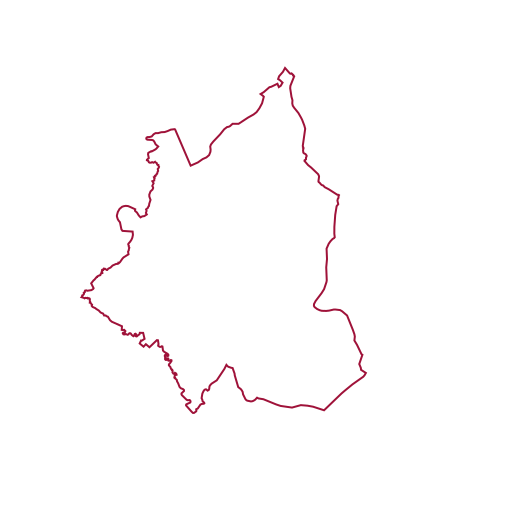 outline of Chum Saeng, Nakhon Sawan, Thailand, rotated 313°
{"feature_id": "78962969B30138061095359", "entity_name": "Chum Saeng", "entity_type": "district", "adm_level": 2, "iso_a3": "THA", "parent_name": "Thailand", "parent_adm1": "Nakhon Sawan", "projection": "orthographic", "projection_center": [100.257, 15.84], "detail": "fine", "context": "isolated", "style": "outline", "palette": "rose", "viewbox_px": 512, "rotation_deg": 313, "n_neighbors": 0, "source": "geoboundaries", "source_scale": "gbopen_adm2", "svg_char_len": 6153}
<svg xmlns="http://www.w3.org/2000/svg" viewBox="0 0 512 512"><g transform="rotate(313 256 256)"><path d="M251.6,110.9L252.1,112.3L251.5,113.7L251.7,114.5L252.7,115.6L253.8,116.0L254.3,117.4L256.0,117.9L255.8,118.4L256.3,119.8L255.5,121.4L255.5,122.1L256.0,122.5L255.4,123.3L255.1,124.3L254.1,124.7L252.6,124.8L251.5,126.4L250.2,126.7L248.8,127.6L248.1,127.4L247.6,127.7L245.9,127.4L245.7,127.8L245.3,127.5L244.5,127.9L244.0,127.6L243.7,128.2L243.8,128.8L243.1,129.0L241.8,130.1L240.0,129.2L239.4,131.5L236.6,132.3L236.3,132.7L236.1,133.8L235.6,134.4L234.0,135.0L231.3,134.8L228.1,136.1L226.7,137.5L225.1,140.6L221.4,142.3L219.6,143.6L218.9,143.5L217.5,144.1L215.1,143.8L214.4,145.2L212.4,146.1L211.9,147.8L209.0,147.1L207.4,145.8L205.5,145.2L205.7,142.6L206.6,139.3L206.5,136.9L206.8,136.4L207.8,135.8L205.7,129.5L205.2,128.3L203.8,126.5L202.2,125.3L200.7,124.5L197.4,124.1L194.0,124.9L190.8,126.6L190.0,127.4L188.7,129.7L188.2,131.3L187.9,133.5L183.7,139.4L183.3,141.2L189.7,149.1L187.5,151.6L185.0,153.1L183.0,153.8L180.8,154.2L177.9,154.3L177.2,154.8L176.8,156.0L176.0,156.6L175.7,157.7L174.2,158.4L173.5,159.0L171.9,159.5L170.3,161.6L164.7,160.1L163.0,160.1L158.9,160.7L157.4,160.6L157.2,159.9L156.0,160.3L154.8,159.1L151.2,157.6L148.3,157.5L146.0,156.6L144.3,156.7L144.0,156.4L143.7,154.4L143.2,154.2L143.1,153.3L142.6,153.2L141.5,153.8L140.8,152.9L140.5,153.0L140.0,153.8L138.9,154.0L139.0,155.0L138.7,155.3L137.9,154.7L136.5,154.8L135.8,155.2L134.2,154.3L132.9,153.9L132.3,154.2L131.9,153.8L128.3,154.0L127.6,153.8L123.6,154.1L121.7,159.2L120.8,159.4L118.8,158.9L115.5,156.3L115.2,155.4L114.2,154.6L113.4,154.8L113.0,155.4L111.5,155.2L111.2,155.9L110.8,156.1L109.7,156.2L108.6,155.8L108.2,156.4L106.9,156.5L108.1,159.0L108.1,159.5L109.1,159.8L109.5,160.6L110.4,161.2L110.3,162.2L111.1,162.4L111.4,163.2L111.2,163.9L109.7,165.1L109.5,165.9L108.5,166.3L108.9,167.3L108.6,168.1L108.6,169.3L107.5,169.8L107.3,171.2L108.3,174.1L108.3,175.2L108.9,178.2L108.7,180.9L109.6,183.5L108.9,185.5L110.0,186.6L110.0,187.7L110.6,189.1L109.5,193.0L109.6,195.4L113.2,205.9L110.4,208.2L111.2,209.3L112.1,209.9L112.0,211.7L110.7,212.2L109.5,211.2L108.9,211.1L108.5,211.4L108.3,212.5L108.8,213.2L110.2,214.2L110.9,215.9L111.7,216.2L112.7,216.0L113.6,216.4L113.9,217.3L113.5,218.9L113.7,221.0L114.6,221.1L116.3,220.5L117.0,220.9L117.0,221.7L115.3,222.3L115.5,223.3L116.1,223.7L117.8,223.8L119.3,224.2L120.6,223.4L122.8,225.9L119.4,231.0L116.1,230.2L115.8,229.6L112.7,230.6L113.0,235.6L116.4,235.6L116.6,240.3L126.9,240.9L127.5,241.8L125.1,244.8L124.0,245.3L123.6,245.8L123.9,247.6L124.6,248.3L125.8,248.7L126.0,249.3L123.4,252.5L123.3,254.1L124.2,258.1L123.9,259.4L123.2,259.9L122.5,259.6L122.2,258.8L122.7,258.1L122.8,257.6L122.5,257.2L121.8,257.0L120.8,257.3L120.0,258.4L120.1,259.1L118.7,259.6L118.4,260.1L118.5,261.0L119.0,261.4L120.6,261.1L121.1,261.4L121.0,262.1L119.9,262.5L119.7,263.3L120.4,264.1L121.9,264.7L122.1,265.3L121.6,265.8L119.1,266.2L117.4,266.2L116.6,266.9L116.4,269.2L115.5,270.7L115.7,272.1L115.2,272.4L115.4,272.9L115.2,273.3L113.9,274.3L113.6,275.9L114.1,276.6L115.3,276.4L115.6,277.8L115.0,278.9L113.3,278.0L111.6,279.1L111.8,279.6L111.3,279.7L111.3,280.1L111.4,282.5L110.5,283.7L109.8,285.9L108.1,289.4L108.0,291.2L108.9,293.5L108.9,294.6L108.2,295.4L104.7,295.2L104.1,295.7L103.7,296.6L103.5,303.3L104.0,304.5L105.4,305.7L105.4,306.6L104.7,307.6L103.9,307.8L100.0,306.2L99.4,306.4L99.0,306.8L98.2,315.1L98.2,316.9L99.0,317.7L101.6,318.2L102.1,318.0L103.1,316.8L104.8,317.4L109.4,316.7L110.8,317.2L112.4,318.6L113.0,318.7L113.4,318.1L113.4,315.9L114.3,314.7L114.9,313.2L118.8,310.6L121.3,309.8L123.0,309.6L124.0,310.0L124.5,310.6L124.5,312.4L125.8,312.8L126.9,312.4L128.9,310.9L130.3,310.6L132.4,310.6L138.3,312.1L151.8,309.9L156.2,308.6L156.0,310.5L156.2,311.5L157.3,314.0L158.1,315.3L155.4,320.5L154.2,321.9L148.0,332.4L148.3,335.7L148.0,337.4L147.5,338.9L146.0,340.9L144.1,345.9L144.0,347.1L144.2,348.2L146.2,351.5L147.2,352.3L148.4,352.9L150.3,353.4L153.1,353.4L153.5,354.9L156.3,359.1L161.2,372.0L163.1,376.2L169.7,385.7L177.5,390.5L181.6,395.7L184.7,400.5L189.6,411.0L213.9,412.3L218.2,412.8L227.9,414.1L240.9,416.8L242.9,416.7L245.4,416.1L244.4,410.5L245.7,408.9L247.4,405.2L256.3,401.2L256.1,400.2L259.9,390.5L261.3,385.6L264.5,383.2L265.9,381.3L268.0,377.3L274.6,363.2L274.3,356.7L273.8,354.4L271.1,350.7L269.9,349.4L265.9,346.7L263.7,344.8L260.8,341.5L259.8,339.6L258.9,336.8L258.6,333.7L259.0,332.4L260.4,331.2L263.7,330.3L273.5,329.3L278.2,328.4L285.0,325.3L286.5,324.3L295.6,315.1L302.2,310.0L309.5,302.6L314.6,300.8L317.6,300.4L320.7,300.4L322.3,300.9L323.4,300.8L325.7,298.1L330.8,293.4L340.1,285.9L347.4,281.0L350.0,280.8L352.0,277.8L353.5,276.9L354.7,276.7L356.3,275.4L357.1,275.2L357.1,274.8L356.2,273.5L355.8,271.3L354.4,263.6L353.2,259.3L353.4,257.1L352.8,255.9L352.7,254.7L353.0,252.2L352.8,251.5L353.2,250.7L356.9,248.1L357.4,247.6L358.2,245.7L358.3,236.0L358.0,232.1L358.6,226.7L359.1,226.7L359.3,226.3L360.8,226.6L362.1,225.4L363.3,225.1L364.0,224.5L364.3,222.7L363.8,220.9L363.9,220.1L365.5,218.2L366.8,217.5L367.0,216.8L367.5,216.9L368.3,215.2L382.6,205.2L384.4,202.3L387.1,196.8L388.0,194.3L389.5,189.5L390.4,183.0L391.0,180.4L392.3,178.5L394.8,176.4L396.6,173.4L402.0,166.6L403.9,165.1L413.4,161.4L413.3,160.3L413.7,160.3L413.8,159.9L413.8,157.5L413.1,157.3L412.6,156.3L413.3,149.0L409.1,150.1L403.2,150.3L400.5,151.5L400.9,153.6L400.9,157.2L397.3,158.0L395.1,157.5L396.6,154.2L390.1,151.7L388.6,150.7L381.1,149.9L377.6,148.9L377.9,151.9L377.8,153.1L371.8,156.3L366.4,157.7L361.6,158.3L357.8,157.7L351.9,155.8L340.8,153.1L336.7,148.7L333.2,148.4L331.9,147.9L330.6,146.9L327.0,146.3L320.5,146.8L310.6,146.7L306.8,147.0L304.8,147.9L302.9,150.2L301.1,151.6L297.8,152.9L294.3,152.5L290.5,150.9L284.8,149.7L277.5,146.6L293.4,110.5L293.2,109.9L290.3,107.5L287.2,106.2L284.4,104.7L281.9,102.3L279.1,100.6L277.3,98.7L275.2,98.1L272.3,98.2L270.4,97.0L268.9,95.5L267.9,95.2L266.9,95.8L266.9,97.1L270.0,100.9L270.5,102.0L270.3,103.5L269.2,106.5L269.4,109.8L266.4,109.9L264.9,109.6L261.3,108.4L261.2,107.9L258.0,106.9L256.8,107.6L254.5,110.8L252.0,110.6L251.6,110.9Z" fill="none" stroke="#9f1239" stroke-width="2"/></g></svg>